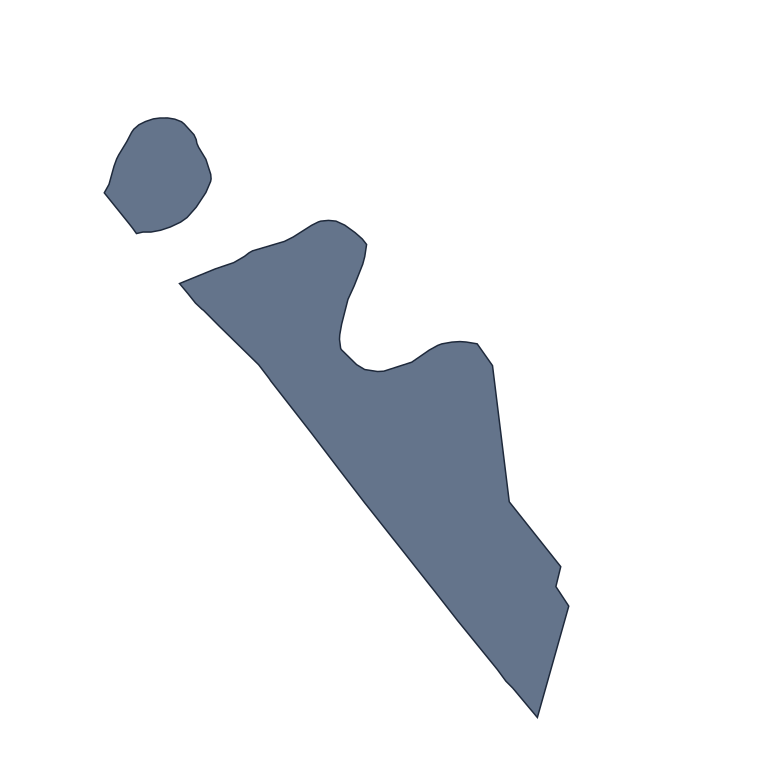 the district of Fulton, Kentucky, United States of America, rotated 51°
{"feature_id": "52423323B1107760452078", "entity_name": "Fulton", "entity_type": "district", "adm_level": 2, "iso_a3": "USA", "parent_name": "United States of America", "parent_adm1": "Kentucky", "projection": "equal_earth", "projection_center": [-89.312, 36.574], "detail": "fine", "context": "isolated", "style": "filled", "palette": "slate", "viewbox_px": 768, "rotation_deg": 51, "n_neighbors": 0, "source": "geoboundaries", "source_scale": "gbopen_adm2", "svg_char_len": 1433}
<svg xmlns="http://www.w3.org/2000/svg" viewBox="0 0 768 768"><g transform="rotate(51 384 384)"><path d="M739.7,474.7L672.9,380.2L649.6,377.9L637.2,361.6L554.4,360.8L438.0,288.1L411.4,286.3L403.1,293.7L398.8,298.3L394.2,304.8L389.2,313.8L387.8,318.0L386.1,327.6L384.5,348.7L373.9,376.1L370.2,381.2L360.6,389.9L351.7,393.1L330.7,395.5L329.1,395.3L321.3,390.5L317.8,387.3L310.8,379.2L295.6,358.8L289.0,345.5L277.5,325.1L272.9,318.8L264.6,309.7L263.8,309.7L257.6,309.6L248.2,311.2L235.9,314.5L227.2,318.8L221.9,324.2L217.6,330.7L216.7,333.1L215.1,340.4L212.6,362.1L210.5,371.7L197.8,402.3L197.1,406.4L197.0,412.1L195.1,424.4L188.4,442.5L177.2,479.7L190.1,479.5L202.5,479.6L211.4,478.4L213.1,477.9L235.8,475.6L246.0,474.4L290.2,469.3L307.5,469.8L310.6,470.1L376.0,471.3L422.4,472.7L422.6,472.7L464.5,473.8L466.7,473.8L493.2,474.1L510.6,474.3L523.4,474.4L546.8,474.7L570.0,475.0L573.6,475.0L580.2,475.1L614.6,475.7L677.3,475.6L691.7,476.3L701.2,475.3L739.7,474.7ZM111.3,481.7L114.2,475.7L119.3,469.4L123.9,460.9L127.5,451.3L130.2,440.2L130.7,432.3L128.4,418.6L123.1,401.9L117.5,391.3L115.8,389.3L112.0,386.7L97.3,381.0L83.4,379.1L79.3,378.0L75.8,376.1L70.7,374.8L56.3,375.6L52.8,376.3L46.5,379.9L41.2,384.6L36.3,390.7L32.8,396.4L29.9,404.2L28.3,411.3L28.5,418.0L29.6,421.8L33.7,431.2L39.0,446.0L40.9,450.2L44.8,456.7L55.8,472.1L59.4,481.1L99.2,481.2L104.5,481.3L111.3,481.7Z" fill="#64748b" stroke="#1e293b" stroke-width="1.5"/></g></svg>